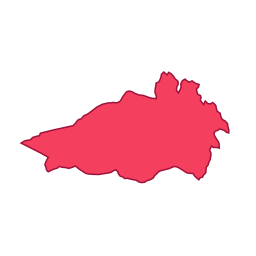 Morro Grande, Santa Catarina, Brazil, rotated 107°
{"feature_id": "56859067B32149650362848", "entity_name": "Morro Grande", "entity_type": "district", "adm_level": 2, "iso_a3": "BRA", "parent_name": "Brazil", "parent_adm1": "Santa Catarina", "projection": "mercator", "projection_center": [-49.747, -28.738], "detail": "fine", "context": "isolated", "style": "filled", "palette": "rose", "viewbox_px": 256, "rotation_deg": 107, "n_neighbors": 0, "source": "geoboundaries", "source_scale": "gbopen_adm2", "svg_char_len": 2357}
<svg xmlns="http://www.w3.org/2000/svg" viewBox="0 0 256 256"><g transform="rotate(107 128 128)"><path d="M179.0,138.3L177.6,135.4L175.5,131.4L173.2,129.5L171.5,127.4L172.8,125.0L174.7,123.7L176.3,121.4L176.3,118.6L177.3,116.5L176.3,113.8L176.1,110.7L175.9,107.5L175.5,105.1L176.4,102.0L176.3,99.2L175.1,96.4L173.2,94.8L171.9,93.0L170.2,90.8L168.3,89.2L165.6,88.5L163.6,87.3L161.4,86.3L159.5,84.5L158.0,82.1L156.6,79.8L154.9,76.9L153.0,74.7L151.4,72.7L150.9,70.5L151.2,67.9L152.2,63.8L153.1,60.7L153.7,58.5L153.2,55.4L152.5,52.6L154.5,50.1L155.8,47.5L156.8,45.1L154.4,44.5L153.3,42.4L150.9,42.0L148.2,40.6L145.3,41.1L142.7,41.7L140.5,40.7L136.3,40.6L134.2,40.1L132.2,40.5L129.8,40.7L127.3,41.6L125.6,43.4L122.9,43.2L120.9,42.8L121.7,40.6L120.8,38.1L120.5,34.8L118.6,35.5L116.7,36.2L114.9,37.3L112.9,39.9L110.9,42.2L109.3,43.5L107.4,44.3L105.3,43.3L104.1,41.5L102.2,40.3L102.0,38.0L102.2,35.2L103.4,32.5L103.2,30.2L100.4,31.0L97.4,32.9L94.7,34.1L92.9,37.1L92.2,40.5L89.7,42.7L87.0,44.1L85.8,47.7L83.4,49.3L81.0,50.5L79.7,52.4L78.9,54.6L80.6,55.8L81.4,58.7L79.6,62.0L83.4,62.6L81.4,65.6L80.0,67.1L77.6,67.0L75.8,68.1L75.4,71.1L73.2,72.7L70.8,73.9L68.3,72.6L65.6,72.7L65.6,75.4L65.3,77.6L64.2,80.5L66.3,82.9L65.5,85.7L64.6,87.8L66.8,89.8L70.2,90.4L73.5,89.2L75.6,89.3L79.8,90.1L77.7,92.7L74.4,93.3L71.6,92.8L68.8,93.8L67.2,97.3L65.2,99.7L63.6,102.4L62.8,105.2L65.8,106.3L64.0,110.2L66.8,111.7L69.3,111.4L72.4,111.5L75.1,112.2L76.8,114.2L79.6,113.8L82.6,113.4L85.3,112.9L87.3,111.8L89.1,110.3L91.7,109.6L92.5,113.5L92.7,116.8L92.5,120.3L92.4,123.2L93.2,127.2L92.9,131.4L92.2,134.3L92.2,137.5L93.7,139.9L95.9,140.8L98.3,141.7L100.5,142.4L102.6,142.7L105.1,143.6L107.2,146.0L107.8,149.4L109.1,152.1L110.0,154.7L111.4,157.0L112.9,159.6L117.5,164.2L125.0,169.5L127.5,171.7L128.9,173.6L130.8,174.5L132.9,175.4L134.3,177.7L136.6,178.9L138.5,179.5L141.8,181.2L152.1,199.5L158.6,210.3L161.2,210.4L163.1,213.8L164.9,216.4L167.9,217.9L169.0,220.4L170.8,223.4L173.7,225.8L177.5,203.8L179.3,195.7L181.7,196.2L184.6,196.7L187.5,196.7L189.8,194.8L191.9,193.7L193.2,191.5L190.5,188.7L188.8,186.6L187.1,184.0L184.8,182.3L184.9,179.8L184.2,176.6L183.8,172.6L181.5,169.2L179.9,167.7L180.3,165.5L181.5,163.1L182.3,159.9L183.2,157.1L183.7,154.7L183.6,152.5L183.0,150.1L182.6,147.9L181.9,145.8L181.1,142.5L179.0,138.3Z" fill="#f43f5e" stroke="#9f1239" stroke-width="1.5"/></g></svg>